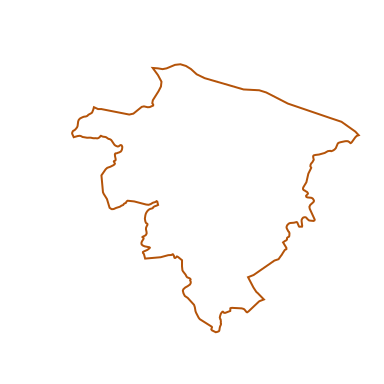 the Region of Nitriansky, rotated 202°
{"feature_id": "SVK-1054", "entity_name": "Nitriansky", "entity_type": "Region", "adm_level": 1, "iso_a3": "SVK", "parent_name": "Slovakia", "parent_adm1": "", "projection": "natural_earth1", "projection_center": [18.337, 48.233], "detail": "fine", "context": "isolated", "style": "outline", "palette": "amber", "viewbox_px": 384, "rotation_deg": 202, "n_neighbors": 0, "source": "natural_earth", "source_scale": "10m", "svg_char_len": 5481}
<svg xmlns="http://www.w3.org/2000/svg" viewBox="0 0 384 384"><g transform="rotate(202 192 192)"><path d="M314.7,233.9L310.2,233.7L307.3,234.9L297.9,236.7L279.2,240.3L275.7,242.7L270.5,252.1L268.6,253.4L264.8,254.0L263.0,254.9L260.4,257.6L260.7,258.5L262.1,259.5L262.7,262.4L260.8,272.8L260.3,278.1L261.6,282.8L267.3,287.6L274.9,292.3L274.6,292.4L269.8,293.9L265.3,294.9L261.9,297.1L255.4,303.5L250.6,306.1L244.8,306.6L239.0,305.6L231.8,302.9L222.9,302.3L182.6,306.4L167.8,311.5L160.5,312.1L136.2,309.9L91.1,312.4L79.7,313.1L63.2,309.2L58.7,307.1L60.3,305.7L61.1,303.8L62.5,298.0L62.9,297.1L63.3,296.7L63.8,296.8L64.6,297.2L65.0,297.3L65.4,297.3L65.9,297.3L66.3,297.5L67.4,297.2L69.1,296.4L72.8,293.9L74.2,292.8L75.0,291.7L75.1,286.4L75.8,284.7L76.6,283.5L77.6,282.5L78.2,282.0L78.7,281.9L79.1,282.0L79.9,281.6L81.4,280.7L83.6,277.9L88.3,274.3L91.6,272.5L92.9,271.5L93.1,270.6L92.5,269.4L91.2,267.5L91.6,264.5L92.0,263.6L92.2,262.9L92.3,261.9L92.1,260.9L91.9,260.2L90.5,259.1L91.0,252.6L89.6,243.9L90.5,238.4L90.5,237.1L90.0,236.1L89.5,235.8L89.0,235.6L88.3,235.6L87.9,235.6L87.1,235.3L85.7,235.2L85.1,235.0L84.2,234.4L83.9,234.0L84.0,233.3L84.8,231.3L84.4,230.5L83.8,230.2L82.6,230.3L79.4,231.3L78.3,231.3L77.5,231.1L76.1,230.1L75.6,229.5L75.5,228.7L75.8,227.8L77.5,224.3L77.6,222.2L76.5,220.5L67.9,212.4L67.8,211.5L68.5,210.7L71.8,209.7L72.8,209.5L73.5,209.7L74.9,210.2L76.2,210.9L76.8,211.1L77.3,211.1L77.9,210.9L78.5,210.6L79.0,210.2L79.4,209.8L79.8,208.6L79.9,207.1L79.3,205.7L77.7,202.9L77.1,201.8L77.1,201.0L78.5,200.5L79.2,200.1L79.6,200.0L80.1,200.3L82.9,203.1L83.3,203.3L83.8,203.3L86.0,201.7L89.2,200.1L90.0,199.5L90.6,198.6L91.3,196.8L91.3,195.4L91.0,194.4L90.3,193.6L88.3,191.9L87.8,191.5L87.3,191.4L86.8,191.0L86.2,190.3L85.5,188.3L85.3,187.4L85.5,186.6L86.1,186.1L86.6,185.3L86.6,184.6L86.2,183.8L86.2,183.3L86.5,182.5L87.4,181.5L88.7,179.4L83.6,175.6L83.3,175.0L83.1,174.3L83.6,173.8L84.0,173.4L84.3,172.8L85.1,168.6L85.2,167.6L85.5,166.6L85.7,165.8L86.6,162.1L89.9,159.3L103.8,138.1L108.1,134.0L99.3,126.5L95.0,123.5L94.3,123.2L93.7,123.1L85.1,119.3L88.5,116.1L88.9,115.5L94.9,102.4L95.8,101.1L96.4,101.1L97.0,101.4L99.5,102.8L100.7,102.9L102.4,102.7L111.4,99.6L112.5,99.0L112.9,98.5L112.7,98.0L112.5,97.6L112.0,96.0L115.8,92.5L116.3,92.2L117.1,92.0L117.6,92.3L118.5,92.6L118.9,92.4L119.2,91.7L119.6,90.2L119.6,89.0L119.5,87.6L119.2,86.0L119.0,85.7L118.8,85.5L118.5,85.3L118.3,85.1L118.2,84.7L117.8,84.5L117.6,84.4L117.5,84.2L116.6,82.5L116.4,81.7L116.3,81.4L116.1,81.1L115.9,81.0L115.7,80.5L115.5,79.8L115.6,78.1L115.5,77.0L115.3,76.0L114.9,74.4L114.8,73.6L115.0,72.9L116.0,71.9L117.4,70.9L121.5,71.2L122.1,71.5L122.6,71.8L122.7,72.4L122.7,73.1L122.8,74.1L123.2,74.5L137.1,77.0L138.7,77.9L143.0,81.6L144.1,82.8L146.2,86.2L147.8,88.1L156.3,92.2L159.7,92.9L161.9,94.8L163.5,97.0L163.6,98.5L162.5,100.9L160.8,103.0L159.2,105.5L159.1,107.2L159.5,108.2L159.9,108.7L160.6,109.3L160.6,110.5L161.2,110.9L162.0,111.1L164.4,111.1L165.1,111.4L165.8,111.9L166.9,112.9L170.7,115.1L171.6,115.9L173.4,119.3L175.7,125.0L180.5,126.5L181.8,126.6L181.9,126.3L182.3,125.4L182.9,124.5L183.3,124.4L183.7,124.5L184.9,126.1L186.3,127.1L186.7,127.0L186.9,126.8L187.0,126.5L187.1,126.2L187.5,125.9L190.4,124.5L196.6,119.8L210.5,112.7L213.3,116.4L214.7,117.2L215.0,118.0L214.6,118.6L211.7,121.6L210.5,123.6L210.2,124.5L210.7,124.8L215.5,123.9L217.2,123.9L218.9,124.4L219.5,125.1L219.9,126.3L219.9,127.5L219.7,128.6L219.4,130.2L219.5,130.9L219.8,131.3L221.0,131.5L221.1,131.8L220.8,132.2L219.2,134.0L218.7,134.8L218.5,136.4L219.1,137.8L220.8,140.3L221.2,141.7L221.2,143.2L221.0,144.6L221.2,145.5L221.6,145.8L222.2,145.9L223.1,146.1L224.2,147.2L225.7,149.6L226.5,152.9L226.7,154.8L226.5,156.5L226.1,158.0L225.5,159.3L224.8,160.3L224.1,160.9L222.8,161.9L222.4,162.3L222.3,162.9L222.1,163.6L221.7,164.2L221.2,164.8L219.6,166.2L218.6,167.3L220.6,170.1L221.5,170.2L222.1,169.1L222.7,168.6L224.0,167.6L224.4,167.2L225.7,165.4L227.4,163.9L229.8,163.2L242.1,161.6L248.4,159.8L248.9,159.1L249.1,158.6L249.2,157.8L249.3,157.0L250.2,156.2L250.6,155.6L250.8,155.0L250.9,154.4L251.1,154.0L252.3,152.9L253.0,151.8L253.5,151.2L256.4,148.8L258.2,146.9L259.3,146.3L260.2,146.0L262.5,146.5L268.2,153.6L273.3,157.3L274.5,158.5L282.2,173.5L280.6,180.6L280.2,181.5L279.6,182.7L277.2,184.8L275.0,187.3L274.2,188.5L274.1,189.4L275.9,191.0L275.9,191.4L275.6,191.8L274.9,192.4L274.8,193.0L275.1,193.9L276.8,196.4L277.6,198.0L277.6,198.8L277.3,199.2L276.4,199.6L275.5,200.5L274.3,201.5L273.2,202.8L272.9,203.9L272.9,205.4L273.2,206.7L273.5,207.7L274.2,208.4L274.6,208.8L275.2,208.9L275.7,208.8L276.1,208.4L276.5,207.9L277.0,207.0L277.5,206.6L278.1,206.3L279.0,206.3L279.9,206.3L281.0,206.5L281.9,206.9L285.7,209.5L286.6,210.0L287.4,210.1L288.0,210.2L289.1,210.0L289.6,210.0L291.2,210.4L292.2,210.6L293.2,210.5L295.1,210.0L296.0,209.9L297.2,210.0L297.5,210.0L297.7,209.9L297.8,209.6L297.9,209.1L298.2,208.3L298.8,207.2L299.4,206.6L300.0,206.2L301.5,205.8L302.2,205.5L303.0,205.1L304.5,204.7L305.9,204.5L306.9,204.2L309.6,203.0L312.9,202.3L313.6,202.1L314.2,202.0L315.3,202.2L316.0,202.2L317.0,202.1L318.0,201.6L319.0,201.0L322.2,198.5L324.8,201.0L325.1,201.4L325.3,202.1L325.3,202.5L325.3,203.3L325.2,203.8L325.0,204.3L324.1,205.3L323.7,206.1L323.3,207.1L322.8,208.9L322.8,210.3L324.0,214.9L324.0,216.6L323.3,218.3L321.8,220.0L320.7,221.1L319.8,221.7L318.8,222.2L318.1,222.8L317.5,223.5L317.0,224.8L314.7,227.6L314.4,228.4L314.4,231.5L314.7,233.8L314.7,233.9Z" fill="none" stroke="#b45309" stroke-width="2"/></g></svg>